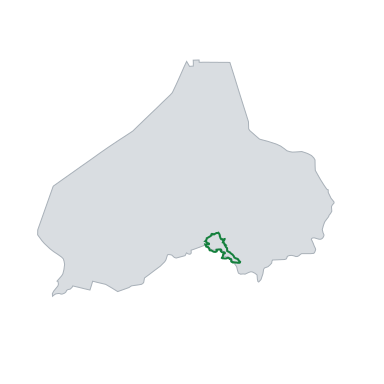 Khanaqin, Diyala, Iraq (highlighted), rotated 104°
{"feature_id": "34846034B8709315351100", "entity_name": "Khanaqin", "entity_type": "district", "adm_level": 2, "iso_a3": "IRQ", "parent_name": "Iraq", "parent_adm1": "Diyala", "projection": "natural_earth1", "projection_center": [45.457, 34.523], "detail": "fine", "context": "in_parent", "style": "outline", "palette": "green", "viewbox_px": 384, "rotation_deg": 104, "n_neighbors": 0, "source": "geoboundaries", "source_scale": "gbopen_adm2", "svg_char_len": 7112}
<svg xmlns="http://www.w3.org/2000/svg" viewBox="0 0 384 384"><g transform="rotate(104 192 192)"><path d="M156.9,60.4L159.5,59.7L164.4,55.6L167.3,51.8L168.3,51.5L170.8,52.8L172.6,53.1L176.9,51.7L179.4,52.4L181.5,53.4L182.7,53.4L188.3,55.8L189.7,56.1L192.7,56.4L197.0,56.5L199.8,55.0L201.8,53.5L203.2,53.5L204.6,53.9L205.7,54.5L206.7,55.6L207.1,57.2L206.9,62.3L207.3,63.6L208.1,64.6L209.1,64.8L210.3,63.7L212.3,62.1L214.9,60.3L216.8,58.7L217.9,58.1L219.6,58.2L221.3,58.5L222.2,59.2L222.2,59.5L223.1,61.9L225.3,70.8L226.6,71.9L228.0,72.9L229.1,74.2L229.5,75.6L229.3,77.6L229.4,80.0L230.0,81.9L230.8,83.3L231.6,84.0L232.8,84.0L234.2,84.4L235.1,85.8L238.1,96.0L238.4,97.3L239.6,97.7L241.7,97.5L243.8,98.6L246.1,100.2L248.2,103.3L249.7,103.8L254.2,103.4L260.3,103.9L263.2,105.5L262.9,106.4L260.7,107.5L256.8,108.8L255.7,111.0L255.0,113.9L255.1,115.5L256.1,117.2L258.9,120.7L259.0,122.0L259.5,123.7L260.0,124.9L259.5,127.3L257.0,128.9L253.7,130.6L247.0,138.4L246.5,140.1L246.6,144.7L245.9,146.0L243.8,146.0L242.2,145.7L242.1,147.3L241.0,149.5L240.4,151.4L242.9,155.8L243.3,158.1L242.9,160.2L240.7,163.9L239.3,166.4L239.7,166.9L241.4,167.9L246.9,176.0L248.7,178.8L251.0,178.1L251.9,178.1L252.6,178.6L253.0,179.5L253.0,180.8L252.4,182.6L255.4,183.3L256.5,185.2L259.9,191.4L259.8,193.3L258.1,196.3L258.1,198.3L258.5,200.0L259.0,200.6L264.2,200.9L266.3,201.6L271.6,204.8L277.7,209.8L282.7,213.8L286.9,217.3L291.4,217.0L292.7,217.6L293.8,218.7L295.1,221.6L297.7,228.0L300.0,230.1L303.4,235.2L306.6,240.0L304.5,246.6L302.5,253.4L302.6,262.1L302.6,266.8L307.0,267.0L311.8,267.3L311.9,272.9L311.9,278.6L312.0,285.0L313.5,285.3L315.7,286.7L316.7,288.8L317.9,289.9L319.4,290.1L320.9,291.1L322.3,293.0L322.8,294.4L322.5,295.4L322.8,297.1L323.8,299.5L325.0,300.7L326.9,302.1L324.4,302.9L321.6,302.2L315.6,299.4L313.7,299.3L311.2,300.4L311.1,301.4L304.9,298.2L302.6,297.5L301.8,297.5L298.2,297.5L293.1,298.1L290.1,299.4L288.0,300.7L287.1,302.1L286.7,302.8L285.1,306.8L283.3,311.9L281.3,316.4L277.6,322.9L275.5,325.9L270.9,331.4L266.1,332.5L254.7,331.4L242.1,330.2L229.6,329.0L220.3,328.1L219.6,327.8L210.4,319.9L203.2,313.7L194.1,305.9L184.9,297.9L175.5,289.9L168.8,284.0L160.5,276.5L153.1,269.6L147.2,264.2L139.6,259.5L133.7,255.8L125.1,250.4L118.2,246.0L112.3,242.4L103.3,236.7L100.3,235.1L90.9,233.2L82.0,231.6L72.7,230.0L66.6,228.8L70.7,224.8L69.5,221.2L66.5,221.9L63.8,222.7L62.2,217.1L64.4,216.4L62.5,209.0L60.7,201.4L58.9,194.1L57.1,186.6L64.9,181.8L70.8,178.2L79.1,173.2L87.0,168.4L94.5,163.8L102.8,158.7L110.2,154.2L117.0,152.3L118.4,150.9L121.6,144.7L124.3,139.4L124.4,138.2L124.5,130.7L125.1,121.8L126.0,117.1L127.6,113.0L129.0,109.9L129.2,107.1L129.0,104.2L127.7,99.9L126.2,95.3L126.5,90.9L126.8,88.6L127.7,84.9L129.4,82.1L131.1,80.4L137.5,78.7L141.2,77.6L146.3,72.8L149.3,69.9L153.6,65.4L156.6,62.0L156.9,60.8L156.9,60.4Z" fill="#d9dde1" stroke="#a8b0b8" stroke-width="1"/><path d="M228.5,163.0L229.4,162.6L229.7,162.9L230.1,163.3L230.7,163.7L231.3,164.4L231.9,164.9L232.6,165.7L233.3,166.5L233.9,166.4L234.4,166.4L234.8,166.5L235.3,166.6L235.9,166.9L236.1,167.0L236.0,166.7L236.0,166.4L236.5,166.2L236.8,166.2L237.1,166.1L237.3,165.7L237.6,165.1L237.7,164.9L237.8,163.9L237.8,163.4L237.9,163.2L238.0,163.0L238.3,162.9L238.5,162.9L238.7,163.0L238.8,163.2L238.8,163.4L238.9,163.8L239.0,164.1L239.0,164.4L239.2,164.7L239.3,165.0L239.5,165.4L239.6,165.8L239.7,166.0L239.8,166.1L239.8,166.3L240.1,166.1L240.5,166.0L240.7,165.8L240.9,165.4L241.0,165.3L241.1,165.2L241.3,165.1L241.5,165.0L241.5,164.9L241.5,164.7L241.6,164.3L241.6,164.2L241.7,163.9L241.6,163.7L241.5,163.3L241.6,163.2L241.7,162.9L241.9,162.8L242.1,162.6L242.1,162.4L242.3,162.1L242.4,161.9L242.5,161.7L242.9,161.6L243.0,161.6L243.3,161.4L243.4,161.2L243.6,161.1L243.9,161.0L244.2,160.8L244.3,160.6L244.3,160.4L244.3,160.2L244.1,159.8L244.0,159.4L244.0,159.1L244.1,158.8L244.2,158.4L244.3,158.2L244.4,157.6L244.6,157.2L244.7,156.9L244.7,156.4L244.7,156.1L244.6,155.5L244.5,154.9L244.2,154.4L243.9,154.0L243.7,153.7L243.3,153.6L243.1,153.6L242.8,153.6L242.6,153.7L242.6,153.8L242.4,154.0L242.3,154.3L242.2,154.3L242.2,154.2L241.9,153.9L241.9,153.6L241.8,153.4L241.6,153.0L241.5,152.8L241.5,152.6L241.4,152.4L241.4,152.1L241.3,151.8L241.2,151.5L241.2,151.2L240.9,150.7L240.8,150.1L240.9,149.9L241.1,149.7L241.3,149.5L241.5,149.5L241.8,149.8L242.0,149.8L242.2,149.7L242.4,149.6L242.6,149.6L242.7,149.4L242.9,148.9L243.1,148.6L243.2,148.0L243.2,147.6L243.1,147.4L242.9,147.0L242.8,146.7L242.8,146.4L242.9,146.0L243.0,145.5L243.1,145.4L243.3,145.3L243.5,145.3L243.7,145.5L243.9,145.8L244.2,146.2L244.5,146.4L244.9,146.6L245.4,146.7L245.5,146.7L245.8,146.6L246.1,146.5L246.3,146.6L246.8,146.6L247.0,146.5L247.3,146.5L247.6,146.5L247.8,146.6L248.0,146.8L248.4,147.1L248.5,147.1L248.8,147.1L248.9,146.8L248.9,146.6L248.9,146.4L248.9,146.2L248.9,145.8L248.8,145.6L248.7,145.2L248.6,144.7L248.6,144.3L248.6,144.1L248.5,143.8L248.4,143.4L248.3,143.0L248.1,142.8L247.9,142.6L247.9,142.4L247.9,142.2L247.5,141.8L247.3,141.5L247.1,141.4L247.0,141.0L247.0,140.8L247.2,140.5L247.3,140.2L247.3,139.9L247.5,139.7L247.8,139.4L247.9,139.2L247.7,138.8L247.6,138.5L247.6,138.3L247.6,138.1L247.7,137.9L247.9,137.7L248.2,137.5L248.5,137.3L248.8,137.3L249.0,137.4L249.4,137.4L249.6,137.3L249.8,137.1L250.0,137.0L250.1,136.8L250.2,136.6L250.3,136.1L250.2,135.7L250.1,135.4L250.1,135.1L250.1,134.9L250.2,134.6L250.3,134.6L250.1,134.1L250.0,133.8L249.9,133.6L249.9,133.2L250.0,132.8L249.8,132.5L249.7,132.1L249.7,131.9L249.7,131.5L249.7,131.1L249.7,130.9L249.6,130.7L249.5,130.1L249.4,129.5L249.2,129.1L249.1,128.7L248.9,128.6L248.7,128.4L248.4,128.4L248.1,128.4L247.8,128.9L247.6,129.4L247.3,130.0L247.2,130.2L246.9,130.4L246.5,130.6L246.3,130.7L246.1,131.0L246.2,131.3L246.1,131.8L246.0,132.0L245.8,132.2L245.7,132.5L245.8,133.2L245.8,133.5L245.7,134.0L245.5,134.4L245.3,134.8L245.3,135.1L244.9,135.4L244.5,135.7L244.1,136.0L243.9,136.2L243.7,136.5L243.5,136.8L243.2,137.2L242.9,137.5L242.8,137.9L242.6,138.4L242.6,138.5L242.4,138.8L242.3,139.0L242.1,139.7L241.9,140.0L241.5,140.4L241.4,140.5L241.3,141.4L241.1,142.0L241.0,142.6L240.9,143.1L240.8,143.5L240.6,143.7L240.1,143.7L239.9,143.8L239.4,144.0L238.9,144.2L238.7,144.2L238.4,144.2L238.1,144.4L237.8,144.6L237.6,145.1L237.1,145.9L236.8,146.1L236.5,146.2L236.2,146.6L235.9,147.0L235.7,147.2L235.3,146.6L235.0,147.2L234.7,147.7L234.6,147.9L234.6,148.0L234.3,148.2L233.9,148.4L233.7,148.9L233.5,149.5L233.4,149.7L233.4,149.8L232.2,149.5L231.0,149.2L230.2,148.9L229.7,149.0L229.8,149.3L230.9,149.8L231.2,150.1L230.7,150.2L231.0,150.7L230.8,151.0L230.6,151.2L230.5,151.3L230.4,151.4L230.4,151.5L230.5,151.7L230.8,151.8L230.8,152.1L230.7,152.3L230.4,152.6L230.1,153.0L229.8,153.2L229.4,153.5L229.2,153.6L228.4,154.1L228.1,154.4L227.9,154.5L227.7,154.5L227.3,154.5L226.8,154.9L226.5,155.1L226.2,155.3L225.6,156.0L225.1,156.6L225.4,157.0L225.7,157.4L225.9,158.4L226.6,159.1L227.1,159.6L227.3,160.0L227.7,160.2L227.9,160.4L227.9,160.7L227.8,161.0L227.7,161.4L227.6,161.6L227.7,161.8L227.9,161.9L227.9,162.0L227.9,162.4L227.9,162.6L228.1,162.7L228.2,162.8L228.4,163.0L228.5,163.0Z" fill="none" stroke="#15803d" stroke-width="2"/></g></svg>